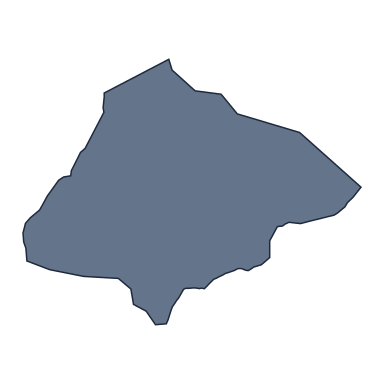 outline of Sunbilt, Castries, Saint Lucia
{"feature_id": "8701671B71920498975173", "entity_name": "Sunbilt", "entity_type": "district", "adm_level": 2, "iso_a3": "LCA", "parent_name": "Saint Lucia", "parent_adm1": "Castries", "projection": "robinson", "projection_center": [-60.979, 14.006], "detail": "fine", "context": "isolated", "style": "filled", "palette": "slate", "viewbox_px": 384, "rotation_deg": 0, "n_neighbors": 0, "source": "geoboundaries", "source_scale": "gbopen_adm2", "svg_char_len": 1172}
<svg xmlns="http://www.w3.org/2000/svg" viewBox="0 0 384 384"><path d="M168.8,59.3L104.2,93.0L104.2,97.2L103.1,107.7L103.9,112.3L85.1,148.4L80.5,152.4L77.7,158.1L71.4,170.6L70.7,175.8L63.6,177.0L58.7,180.2L47.4,195.9L43.2,203.6L39.6,210.0L30.4,217.7L25.5,223.3L23.0,233.0L23.7,241.9L25.9,248.3L26.9,261.0L49.8,269.7L83.6,276.4L118.3,278.4L130.9,289.0L133.5,304.4L146.2,311.2L155.5,324.7L166.4,323.8L166.8,322.6L168.0,320.0L169.4,315.5L170.1,313.3L171.1,310.2L172.4,306.8L175.0,303.0L176.3,300.9L178.6,298.0L180.3,295.1L183.6,289.3L185.7,288.3L189.0,288.3L193.4,287.9L196.1,288.0L199.4,288.6L201.3,288.1L204.4,288.7L206.9,286.2L209.2,283.7L213.7,279.3L216.6,278.1L219.3,276.6L222.6,275.1L225.7,273.3L228.3,272.6L231.3,271.5L234.3,270.5L237.8,268.6L241.8,268.6L244.7,269.9L247.0,270.5L248.6,270.5L250.6,269.2L252.6,267.9L253.6,267.1L261.3,264.8L269.7,257.6L269.7,240.8L277.4,226.6L282.6,226.0L285.2,224.0L289.0,222.3L300.5,223.6L309.2,221.3L334.2,215.1L337.4,213.1L344.9,206.9L347.5,202.6L353.0,197.3L361.0,187.2L299.6,132.5L237.3,113.9L223.4,97.0L221.0,94.2L196.4,91.0L195.2,90.9L189.5,85.8L172.1,70.1L168.8,59.3Z" fill="#64748b" stroke="#1e293b" stroke-width="1.5"/></svg>